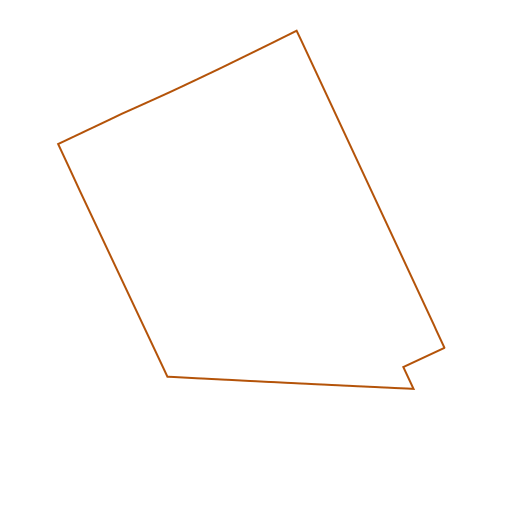 Al Kufrah, Mercator projection, rotated 335°
{"feature_id": "LBY-2965", "entity_name": "Al Kufrah", "entity_type": "Municipality", "adm_level": 1, "iso_a3": "LBY", "parent_name": "Libya", "parent_adm1": "", "projection": "mercator", "projection_center": [22.731, 23.273], "detail": "fine", "context": "isolated", "style": "outline", "palette": "amber", "viewbox_px": 512, "rotation_deg": 335, "n_neighbors": 0, "source": "natural_earth", "source_scale": "10m", "svg_char_len": 1602}
<svg xmlns="http://www.w3.org/2000/svg" viewBox="0 0 512 512"><g transform="rotate(335 256 256)"><path d="M342.6,443.0L337.0,440.0L331.4,437.1L325.8,434.2L320.2,431.2L314.6,428.3L309.0,425.3L303.4,422.4L297.7,419.4L292.1,416.5L286.5,413.5L280.9,410.6L275.3,407.6L269.7,404.7L264.1,401.7L258.5,398.8L252.8,395.8L247.2,392.8L241.6,389.9L236.0,386.9L230.4,384.0L224.8,381.0L219.2,378.0L213.5,375.1L207.9,372.1L202.3,369.1L196.7,366.2L191.1,363.2L185.5,360.2L179.9,357.2L174.3,354.3L168.7,351.3L163.0,348.3L157.4,345.3L151.8,342.4L146.2,339.4L140.6,336.4L135.0,333.4L129.4,330.4L124.7,328.0L124.7,324.1L124.7,323.6L124.7,323.1L124.7,322.6L124.7,322.1L124.7,321.5L124.7,321.0L124.7,320.5L124.7,320.0L124.6,295.6L124.5,271.1L124.4,246.5L124.3,221.8L124.2,197.0L124.1,172.2L124.0,147.2L123.9,122.1L124.0,96.5L124.0,70.9L139.4,70.8L154.9,70.7L174.7,70.6L194.6,70.4L221.8,70.8L249.1,71.1L275.7,71.0L302.2,70.8L328.8,70.3L355.4,69.8L372.1,69.4L388.0,69.0L388.1,78.7L388.1,88.6L388.1,103.4L388.1,118.2L388.1,133.0L388.1,147.7L388.1,162.3L388.1,177.0L388.1,191.6L388.1,206.1L388.1,220.7L388.1,235.2L388.1,249.7L388.1,264.1L388.1,278.5L388.1,292.9L388.1,307.2L388.1,321.5L388.1,327.6L388.1,333.7L388.1,339.8L388.1,345.9L388.1,352.0L388.1,358.1L388.1,364.1L388.1,370.2L388.1,376.3L388.1,382.3L388.1,388.4L388.1,394.4L388.0,399.0L388.0,403.6L388.0,408.2L388.0,412.9L388.0,418.3L388.0,418.6L387.9,418.8L387.7,418.9L382.9,418.9L376.3,418.9L370.7,418.9L365.0,418.9L359.0,418.9L353.8,418.9L350.0,418.9L342.6,418.9L342.6,424.9L342.6,430.9L342.6,437.0L342.6,443.0Z" fill="none" stroke="#b45309" stroke-width="2"/></g></svg>